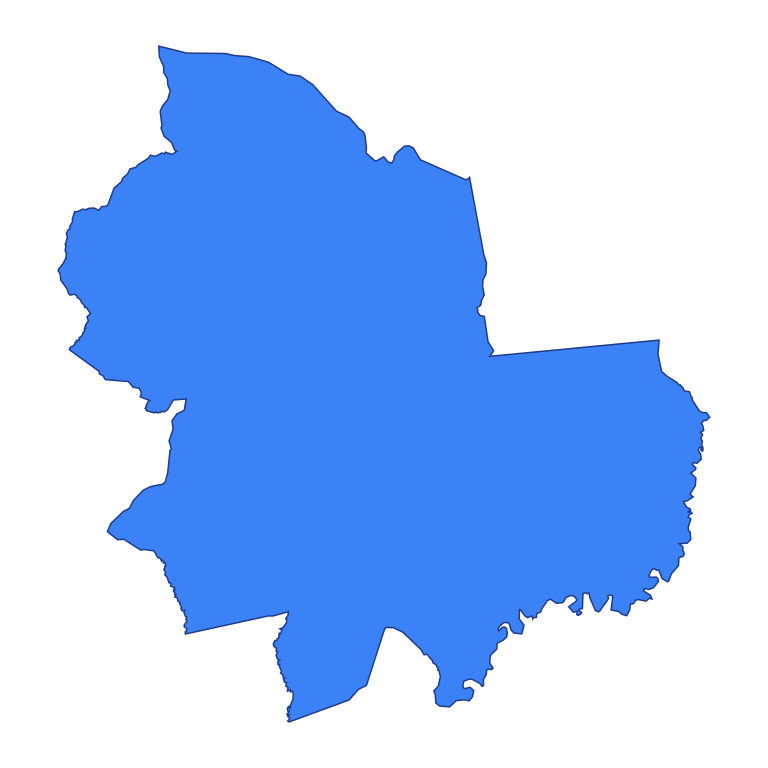 the district of Lufwanyama, Copperbelt, Zambia
{"feature_id": "96606910B27641216908272", "entity_name": "Lufwanyama", "entity_type": "district", "adm_level": 2, "iso_a3": "ZMB", "parent_name": "Zambia", "parent_adm1": "Copperbelt", "projection": "robinson", "projection_center": [27.285, -12.951], "detail": "fine", "context": "isolated", "style": "filled", "palette": "blue", "viewbox_px": 768, "rotation_deg": 0, "n_neighbors": 0, "source": "geoboundaries", "source_scale": "gbopen_adm2", "svg_char_len": 6058}
<svg xmlns="http://www.w3.org/2000/svg" viewBox="0 0 768 768"><path d="M288.1,74.3L268.4,62.2L248.7,56.6L234.7,55.6L225.5,53.5L186.6,53.1L158.7,46.1L159.4,56.9L163.9,67.2L163.6,72.3L167.4,78.7L167.9,85.2L170.2,90.9L167.8,99.4L162.2,106.4L160.2,111.5L162.0,126.1L161.0,127.9L164.1,136.2L171.8,142.8L174.7,150.2L176.9,151.1L172.3,154.4L165.4,152.2L164.2,153.7L161.5,153.1L157.1,155.7L153.9,156.2L150.5,155.1L148.1,158.4L137.9,164.8L135.9,167.3L130.1,168.9L127.4,174.1L122.6,178.2L121.7,181.4L114.1,188.1L107.7,205.3L104.7,206.6L101.9,206.4L98.6,210.3L94.1,208.0L88.8,208.3L85.8,209.7L82.8,209.2L77.0,211.8L74.8,211.5L72.4,218.7L72.5,221.7L70.0,226.0L69.9,228.9L68.3,229.7L66.3,233.4L67.5,236.9L65.2,244.7L66.0,245.7L65.1,250.5L66.4,253.6L65.9,257.9L63.3,263.3L58.4,269.4L58.3,271.3L60.1,273.5L60.8,280.1L66.9,288.7L68.8,294.0L70.5,295.1L74.4,294.2L77.1,296.0L77.1,297.4L81.0,300.3L81.1,302.0L84.3,305.4L84.8,307.5L86.3,307.3L90.5,313.7L87.0,316.8L88.4,320.9L85.7,324.7L84.9,327.6L85.7,328.2L84.4,328.8L84.5,331.2L82.6,333.3L82.9,334.1L80.5,337.3L79.1,337.5L79.2,340.2L76.4,340.4L76.9,341.9L75.1,342.3L74.9,344.0L72.9,346.3L70.8,346.7L69.2,349.6L99.0,371.3L99.5,374.0L103.0,375.8L105.3,379.6L128.3,381.5L133.2,387.3L139.0,388.1L140.9,391.5L141.2,394.2L140.2,396.8L149.7,400.5L147.9,401.8L146.0,406.2L146.5,407.4L145.1,408.3L146.9,410.9L154.1,412.8L155.3,411.8L156.8,412.8L160.4,412.5L161.4,411.4L164.2,411.9L167.7,409.6L173.3,400.0L186.2,399.0L184.2,410.4L176.9,413.9L172.0,420.8L173.1,429.1L169.1,441.0L171.4,449.1L170.0,450.4L167.7,472.7L165.2,481.9L162.9,484.1L150.9,486.5L143.3,490.1L133.5,500.4L129.3,508.4L123.3,511.5L110.9,523.4L107.4,531.7L117.6,539.7L124.0,539.4L140.7,550.1L144.1,549.5L154.1,550.9L157.6,557.4L160.5,558.6L161.6,561.3L162.2,560.3L163.9,561.6L163.4,563.0L165.2,563.0L165.7,565.8L164.8,566.2L164.9,568.2L163.8,569.3L165.5,572.2L164.8,574.9L167.0,576.9L169.0,582.8L170.2,582.7L171.2,584.7L170.6,586.0L174.7,587.8L174.7,589.3L173.6,589.4L174.5,590.7L173.5,591.3L174.9,592.9L174.8,594.6L176.0,594.7L174.8,597.0L177.2,597.8L178.0,601.3L179.9,602.2L179.7,604.1L181.4,606.8L180.9,608.2L182.0,610.8L184.8,610.3L183.9,612.4L185.5,616.5L186.8,617.2L185.8,619.2L187.0,621.4L184.3,624.7L184.2,626.7L186.8,628.3L186.4,631.1L185.2,631.9L185.4,634.0L268.5,615.9L272.8,616.0L288.4,611.7L287.9,615.5L285.7,618.7L286.8,619.3L286.5,622.5L283.3,627.4L279.8,628.9L281.8,629.9L281.0,632.9L279.9,634.3L279.2,633.4L278.6,638.2L276.9,638.9L276.7,640.8L275.0,640.5L273.3,644.1L273.8,646.2L276.3,648.3L276.2,651.3L277.5,651.5L276.1,655.5L277.7,659.4L279.6,660.1L277.9,661.7L277.9,664.6L279.7,665.1L279.5,666.9L281.6,671.3L280.6,672.9L283.3,675.7L283.2,677.6L284.9,678.0L283.5,679.2L284.6,682.3L286.6,682.7L285.7,686.1L288.0,687.5L287.4,691.1L290.1,689.8L290.3,691.9L292.0,691.0L293.3,693.1L292.9,699.5L290.3,705.2L290.5,707.1L289.6,708.3L289.6,706.9L288.7,706.5L287.3,708.4L287.9,711.4L289.2,711.4L287.0,714.5L289.3,715.0L287.6,716.1L289.8,718.5L287.7,721.0L289.2,721.9L349.1,700.0L358.5,689.3L366.4,685.5L384.0,630.8L385.8,627.5L393.1,627.6L402.9,632.2L421.2,649.8L424.1,654.8L427.0,654.3L432.4,660.7L433.0,662.9L436.2,664.8L436.6,666.7L438.1,667.7L437.7,670.1L438.8,670.4L440.4,676.6L438.2,686.3L433.8,690.9L435.2,694.1L435.9,703.1L439.5,706.0L449.6,706.9L456.3,700.6L464.5,699.8L469.1,700.8L472.5,696.7L473.7,690.5L470.1,687.3L464.5,688.7L463.6,687.9L462.8,685.4L463.9,681.1L469.4,679.1L471.9,679.2L479.7,683.3L482.0,686.3L483.6,685.7L483.3,679.6L486.3,674.5L486.6,670.2L488.0,669.2L491.6,669.6L493.1,668.3L489.7,662.9L490.3,655.4L496.8,649.1L497.1,643.2L503.1,640.2L506.6,637.0L507.3,633.1L506.5,628.5L504.8,627.0L502.3,627.3L498.8,631.0L498.2,628.6L500.1,625.7L503.9,622.5L508.1,622.7L509.7,624.9L510.9,629.7L513.8,633.0L521.8,633.9L524.0,625.3L519.2,618.8L519.5,609.6L520.7,609.9L524.8,615.9L527.5,617.6L531.8,615.9L532.8,619.0L533.5,617.6L536.3,617.4L536.9,613.4L540.7,612.0L541.8,608.8L547.3,600.7L550.5,599.2L556.4,603.3L562.2,602.7L563.9,601.6L565.6,597.9L570.4,595.4L574.2,596.3L576.8,599.6L576.0,601.4L568.7,606.8L573.3,612.2L577.1,611.4L576.8,614.7L578.6,615.3L581.5,613.4L581.4,612.2L578.7,610.1L579.6,609.0L582.4,608.6L583.0,593.6L584.6,592.7L587.4,593.8L589.1,592.9L589.7,597.3L595.4,610.5L598.5,611.8L599.6,611.2L608.0,599.4L608.5,597.9L607.7,596.1L610.4,594.8L612.4,595.8L612.7,597.4L611.1,610.0L618.4,611.4L621.9,614.3L626.7,615.7L629.6,610.2L630.4,604.1L633.5,603.6L635.7,600.2L638.5,599.6L646.0,601.1L649.2,598.3L652.0,599.0L650.4,595.2L643.3,590.9L645.0,588.4L649.1,589.4L653.6,587.7L658.5,581.2L657.8,578.4L656.3,577.1L649.4,577.3L649.1,575.1L651.3,570.6L653.5,568.5L656.7,570.2L658.7,569.9L662.2,578.7L667.6,581.8L668.7,581.2L671.4,573.8L678.5,565.6L678.9,557.7L683.1,556.3L684.4,553.8L682.7,549.8L682.9,546.9L679.2,543.7L687.2,543.2L690.8,539.3L690.1,531.9L688.8,531.2L688.1,527.8L690.8,519.0L688.1,516.7L689.7,514.3L692.1,513.4L690.8,511.8L688.4,512.1L688.7,511.1L690.5,510.8L690.3,509.0L686.5,507.1L683.6,501.6L687.5,500.6L693.2,496.9L690.0,494.3L695.3,485.8L695.9,478.2L690.9,473.1L695.8,469.2L695.7,467.8L692.2,464.2L693.4,462.6L696.9,463.3L701.2,459.2L700.7,454.3L698.3,450.2L699.2,447.5L700.3,447.2L701.1,447.5L700.9,449.9L702.0,451.2L702.9,450.7L703.0,447.7L701.6,444.9L702.4,441.0L700.8,438.7L702.6,434.5L700.4,432.3L703.7,430.5L702.7,425.3L701.3,423.7L703.4,420.8L706.6,420.2L709.7,417.2L706.4,412.6L702.7,412.6L699.5,411.1L692.4,400.2L692.1,397.2L691.1,396.8L689.5,391.8L684.1,390.8L683.3,388.3L680.2,384.8L678.6,384.8L677.4,382.8L667.2,376.4L661.6,371.4L658.0,354.4L659.1,340.1L489.9,356.3L493.6,350.7L488.0,341.6L484.3,316.4L480.1,315.5L477.5,312.0L477.9,309.6L476.5,307.9L480.6,305.4L481.6,300.2L484.2,295.0L482.5,285.7L483.1,279.3L485.8,274.4L486.5,263.1L483.9,255.1L469.5,177.3L468.0,179.0L465.5,179.7L420.4,159.8L413.3,148.0L409.3,145.9L404.5,146.1L397.2,152.3L394.3,156.0L393.9,159.6L391.7,163.1L388.0,161.9L383.7,156.8L376.6,160.8L374.6,160.6L366.0,152.9L366.4,147.1L365.0,135.8L363.7,132.2L358.6,128.2L348.9,117.0L336.6,111.3L312.8,84.7L300.0,76.0L288.1,74.3Z" fill="#3b82f6" stroke="#1e3a8a" stroke-width="1.5"/></svg>